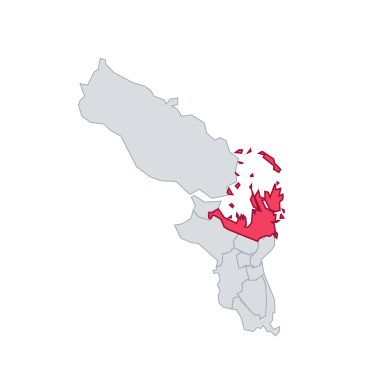 Greece and the surrounding countries, rotated 218°
{"feature_id": "GRC", "entity_name": "Greece", "entity_type": "country or territory", "adm_level": 0, "iso_a3": "GRC", "parent_name": "Europe", "parent_adm1": "", "projection": "mercator", "projection_center": [23.941, 38.339], "detail": "medium", "context": "with_neighbors", "style": "filled", "palette": "rose", "viewbox_px": 384, "rotation_deg": 218, "n_neighbors": 9, "source": "natural_earth", "source_scale": "50m", "svg_char_len": 4984}
<svg xmlns="http://www.w3.org/2000/svg" viewBox="0 0 384 384"><g transform="rotate(218 192 192)"><path d="M126.7,147.9L129.5,153.6L155.6,155.4L160.6,151.9L172.3,148.7L185.4,155.2L180.2,160.9L176.6,170.6L179.8,178.3L171.2,176.5L161.1,180.7L161.0,187.3L151.9,188.5L144.9,183.9L137.0,187.5L129.6,187.2L128.9,178.4L123.9,174.1L125.6,172.2L124.5,170.5L126.1,166.2L129.9,162.0L125.1,156.1L124.2,151.0L126.7,147.9Z" fill="#d9dde1" stroke="#a8b0b8" stroke-width="1"/><path d="M346.6,240.7L341.9,242.8L338.4,239.7L326.8,238.0L305.9,241.7L294.4,246.4L286.2,246.4L280.9,244.1L270.0,247.5L266.7,245.1L266.2,252.0L260.9,257.4L257.2,251.8L261.0,247.2L254.9,248.2L246.6,245.4L239.8,252.5L224.7,253.9L216.6,247.3L205.9,246.9L203.6,252.0L196.7,253.4L187.1,246.9L176.2,247.1L170.3,234.7L163.1,227.7L167.9,217.8L161.6,211.6L172.6,199.2L188.0,198.7L192.1,188.7L211.1,190.5L223.1,181.9L234.6,178.1L251.1,177.8L282.7,192.3L294.3,190.3L302.9,191.5L314.6,184.5L325.2,183.9L334.8,190.4L336.5,195.0L335.5,201.4L346.9,208.4L340.0,212.1L343.1,226.8L341.2,230.7L346.6,240.7ZM161.1,180.7L171.2,176.5L179.8,178.3L181.0,183.4L189.6,187.7L187.8,190.9L176.0,191.6L163.5,202.7L160.5,193.9L162.8,192.5L165.9,184.2L161.1,180.7Z" fill="#d9dde1" stroke="#a8b0b8" stroke-width="1"/><path d="M110.4,193.7L110.2,197.1L107.0,199.0L106.4,203.3L101.7,209.6L94.3,201.4L93.5,195.2L95.7,182.1L93.3,175.7L97.6,169.1L98.3,171.6L100.9,170.4L105.4,175.4L104.8,184.8L106.3,190.5L110.4,193.7Z" fill="#d9dde1" stroke="#a8b0b8" stroke-width="1"/><path d="M66.1,115.8L76.7,123.7L84.9,126.4L88.6,124.3L94.2,133.9L90.3,139.2L85.8,136.1L70.4,133.9L65.8,134.2L63.6,137.1L60.0,133.9L58.0,139.7L77.1,164.5L85.9,169.6L84.8,171.9L60.6,157.9L52.2,147.8L54.2,146.7L49.7,140.9L49.5,136.1L43.1,133.9L40.1,140.0L37.1,135.3L37.7,130.1L44.7,130.6L46.5,128.2L53.8,130.8L53.7,126.8L57.2,125.4L58.2,119.6L66.1,115.8Z" fill="#d9dde1" stroke="#a8b0b8" stroke-width="1"/><path d="M85.9,169.6L77.1,164.5L65.0,150.6L58.0,139.7L60.0,133.9L63.6,137.1L65.8,134.2L70.4,133.9L94.0,139.1L91.5,145.3L96.3,150.6L94.8,157.1L87.4,162.1L85.9,169.6Z" fill="#d9dde1" stroke="#a8b0b8" stroke-width="1"/><path d="M123.9,174.1L128.9,178.4L129.6,187.2L126.1,189.9L120.7,189.7L116.9,192.5L110.4,193.7L106.3,190.5L104.8,184.8L107.8,177.7L123.9,174.1Z" fill="#d9dde1" stroke="#a8b0b8" stroke-width="1"/><path d="M88.6,124.3L96.2,120.5L102.4,121.2L107.8,126.8L108.9,131.3L115.0,134.6L115.8,140.4L121.6,144.5L124.7,141.4L127.2,143.1L124.8,145.5L126.7,147.9L124.2,151.0L125.1,156.1L129.9,162.0L126.1,166.2L124.5,170.5L125.6,172.2L123.9,174.1L115.9,175.1L117.9,169.2L108.3,161.2L102.8,167.4L103.6,166.2L92.5,157.7L94.8,157.1L96.3,150.6L91.5,145.3L94.0,139.1L90.3,139.2L94.2,133.9L88.6,124.3Z" fill="#d9dde1" stroke="#a8b0b8" stroke-width="1"/><path d="M103.6,166.2L98.3,171.6L97.6,169.1L93.3,175.7L94.0,180.0L84.8,171.9L87.4,162.1L92.5,157.7L103.6,166.2Z" fill="#d9dde1" stroke="#a8b0b8" stroke-width="1"/><path d="M106.1,180.3L105.4,175.4L100.9,170.4L105.2,166.4L106.6,161.9L108.3,161.2L117.9,169.2L115.9,175.1L107.8,177.7L107.4,180.4L106.1,180.3Z" fill="#d9dde1" stroke="#a8b0b8" stroke-width="1"/><path d="M163.1,182.1L166.1,186.3L163.2,188.5L161.0,194.9L151.0,191.7L137.7,194.9L138.7,199.3L142.1,200.4L143.4,202.8L137.3,200.4L139.5,205.2L134.3,201.3L136.8,205.2L134.0,204.8L129.0,199.5L129.3,197.0L126.4,198.3L126.0,204.2L133.3,215.4L131.6,216.3L131.7,214.3L129.3,213.7L130.7,217.1L125.8,219.3L139.7,226.8L140.6,234.0L135.1,229.9L130.4,231.8L134.9,237.4L131.7,238.7L127.3,236.1L131.7,249.7L127.3,245.4L124.4,249.4L120.9,242.5L119.1,246.1L117.5,244.6L116.0,241.8L116.9,238.0L111.4,231.7L114.2,227.8L119.7,226.2L129.3,230.8L131.9,228.6L124.3,224.8L114.9,226.2L113.5,224.1L112.0,225.9L107.9,219.2L111.4,217.2L108.0,217.5L103.2,213.4L100.3,208.5L102.7,208.9L103.3,205.0L106.8,203.2L110.5,196.6L109.8,193.6L140.6,184.7L145.2,184.3L152.5,188.4L159.2,187.5L161.3,186.5L160.8,182.3L163.1,182.1ZM135.7,260.9L141.7,260.2L143.5,263.1L157.2,263.2L157.8,265.9L163.1,263.6L161.6,267.2L148.0,268.2L144.6,265.5L136.0,264.3L135.7,260.9ZM134.2,218.1L141.3,222.1L142.8,227.5L145.8,230.1L128.8,219.3L134.2,218.1ZM164.0,213.4L165.4,217.7L158.4,215.0L161.6,212.8L164.0,213.4ZM178.2,256.1L177.0,253.1L182.1,249.9L180.7,254.4L178.2,256.1ZM160.9,227.6L158.8,227.2L158.4,223.0L161.5,223.5L160.9,227.6ZM106.3,225.5L108.1,228.5L107.8,229.4L103.7,228.0L106.3,225.5ZM101.0,212.0L99.1,211.7L96.7,207.7L99.5,207.6L101.0,212.0ZM154.3,204.9L153.5,207.2L150.6,206.6L150.5,204.7L154.3,204.9ZM166.3,233.1L170.4,234.0L165.7,233.8L166.3,233.1ZM147.2,194.4L146.4,197.2L145.2,195.7L147.2,194.4ZM106.4,232.1L110.1,234.0L108.4,234.5L106.4,232.1ZM155.4,243.3L153.6,242.0L155.2,240.4L155.8,240.9L155.4,243.3ZM149.5,231.5L149.6,234.2L147.0,230.8L149.5,231.5ZM172.2,261.6L170.6,260.2L172.1,257.4L172.2,261.6ZM107.3,222.2L105.8,222.9L107.1,219.6L107.3,222.2ZM131.0,252.2L129.2,252.5L129.6,250.5L131.0,252.2ZM169.4,246.2L172.0,244.1L173.4,244.5L171.4,245.6L169.4,246.2Z" fill="#f43f5e" stroke="#9f1239" stroke-width="1.5"/></g></svg>